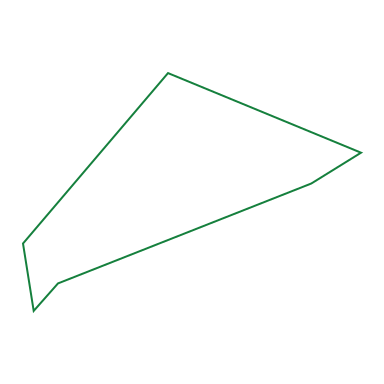 outline of Razkrižje
{"feature_id": "SVN-269", "entity_name": "Razkrižje", "entity_type": "Municipality", "adm_level": 1, "iso_a3": "SVN", "parent_name": "Slovenia", "parent_adm1": "", "projection": "albers", "projection_center": [16.278, 46.524], "detail": "fine", "context": "isolated", "style": "outline", "palette": "green", "viewbox_px": 384, "rotation_deg": 0, "n_neighbors": 0, "source": "natural_earth", "source_scale": "10m", "svg_char_len": 218}
<svg xmlns="http://www.w3.org/2000/svg" viewBox="0 0 384 384"><path d="M361.0,152.7L311.3,183.5L58.0,283.4L33.7,310.9L32.6,304.0L23.0,243.5L168.0,73.1L361.0,152.7Z" fill="none" stroke="#15803d" stroke-width="2"/></svg>